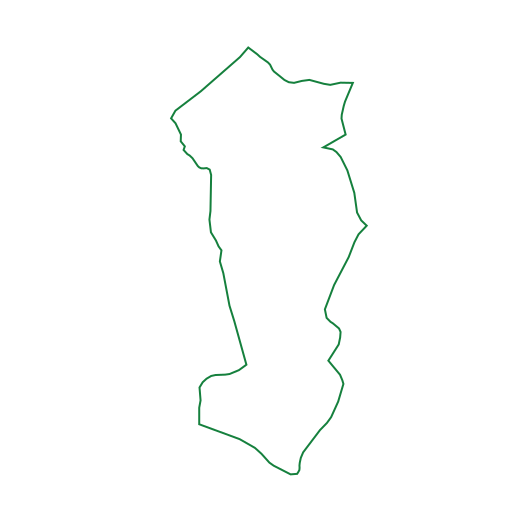 the border of Paro, rotated 19°
{"feature_id": "BTN-2436", "entity_name": "Paro", "entity_type": "District", "adm_level": 1, "iso_a3": "BTN", "parent_name": "Bhutan", "parent_adm1": "", "projection": "mercator", "projection_center": [89.353, 27.467], "detail": "fine", "context": "isolated", "style": "outline", "palette": "green", "viewbox_px": 512, "rotation_deg": 19, "n_neighbors": 0, "source": "natural_earth", "source_scale": "10m", "svg_char_len": 1428}
<svg xmlns="http://www.w3.org/2000/svg" viewBox="0 0 512 512"><g transform="rotate(19 256 256)"><path d="M130.9,153.5L132.5,144.8L150.2,118.2L176.1,73.1L180.8,61.4L191.6,64.9L195.0,66.4L204.3,69.1L207.0,70.5L210.9,74.4L212.9,75.7L225.6,80.3L230.4,81.0L235.6,79.9L242.4,75.5L249.2,72.1L264.1,71.1L270.5,70.0L279.5,64.6L291.2,60.8L289.9,81.1L290.1,85.5L291.1,94.5L292.1,98.2L301.2,112.0L284.3,131.4L293.9,130.2L298.2,131.5L303.8,134.8L314.5,145.3L328.4,164.3L337.4,182.0L343.9,188.1L350.8,191.3L345.9,202.1L344.6,210.9L344.0,226.9L339.3,258.0L338.5,284.0L342.9,291.5L347.9,294.0L350.5,294.6L358.1,297.5L360.7,300.3L362.1,305.7L363.0,312.7L358.5,331.4L374.1,340.9L378.1,345.4L380.3,348.5L381.0,364.7L381.1,366.9L379.5,383.9L377.4,390.8L373.2,399.7L364.5,426.3L364.1,432.3L364.7,437.3L365.3,439.9L366.2,442.2L366.7,444.3L366.3,446.6L365.8,448.6L359.8,451.2L341.0,448.5L335.9,447.0L325.5,441.2L317.5,437.8L300.2,434.5L257.1,433.6L251.7,417.9L250.6,410.6L245.4,398.7L246.7,392.7L249.2,388.1L252.7,384.0L256.5,381.7L265.5,378.2L269.4,376.2L277.0,369.5L282.3,361.9L256.7,324.7L247.1,311.6L230.7,282.9L223.6,272.9L221.5,261.9L217.5,259.1L213.1,254.4L205.7,248.3L200.1,236.7L198.3,228.3L187.2,194.0L184.1,189.4L180.8,188.9L178.0,190.2L175.7,190.9L173.5,190.7L171.7,189.9L164.1,184.2L160.6,182.6L157.9,182.0L153.0,179.3L153.0,175.5L147.5,172.1L145.5,165.6L136.7,156.7L130.9,153.5Z" fill="none" stroke="#15803d" stroke-width="2"/></g></svg>